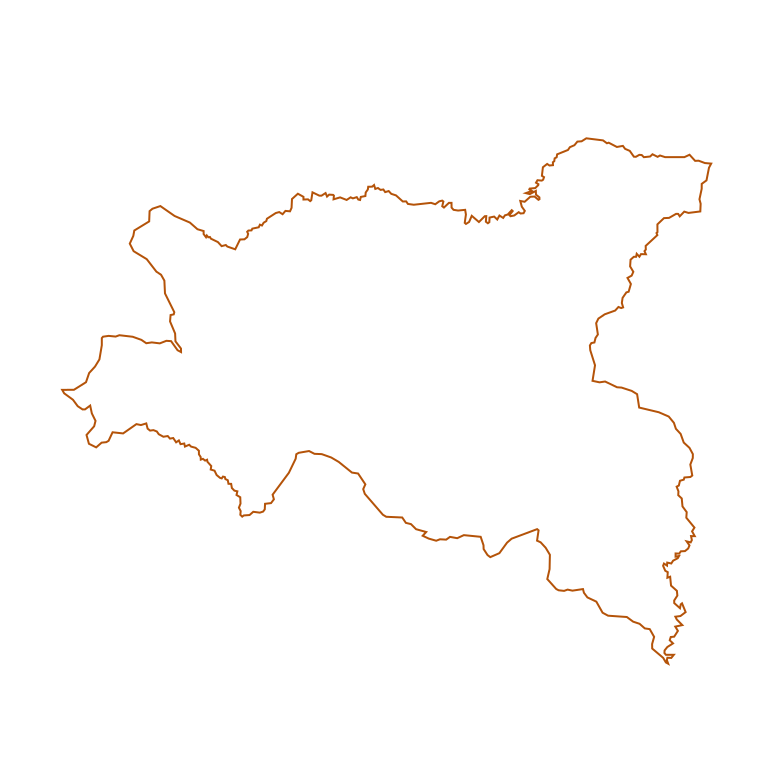 La Palma, Cundinamarca, Colombia, rotated 274°
{"feature_id": "7082276B19897165223150", "entity_name": "La Palma", "entity_type": "district", "adm_level": 2, "iso_a3": "COL", "parent_name": "Colombia", "parent_adm1": "Cundinamarca", "projection": "orthographic", "projection_center": [-74.393, 5.347], "detail": "fine", "context": "isolated", "style": "outline", "palette": "amber", "viewbox_px": 768, "rotation_deg": 274, "n_neighbors": 0, "source": "geoboundaries", "source_scale": "gbopen_adm2", "svg_char_len": 6147}
<svg xmlns="http://www.w3.org/2000/svg" viewBox="0 0 768 768"><g transform="rotate(274 384 384)"><path d="M545.9,148.5L542.7,140.8L540.1,138.1L529.8,138.4L519.7,124.2L514.3,123.6L506.3,120.6L499.0,125.0L492.0,138.6L480.2,149.1L477.4,154.0L471.8,157.7L459.1,159.2L441.0,169.8L438.8,169.4L437.9,166.3L431.5,166.2L419.8,172.1L412.0,173.0L405.2,179.0L401.7,179.3L403.3,175.7L411.9,168.6L411.9,163.9L408.9,157.5L409.3,149.5L408.1,144.0L411.1,138.9L413.6,130.0L414.2,116.6L412.6,113.0L412.8,106.0L411.6,100.4L410.1,99.3L403.0,99.8L388.7,98.4L381.2,94.5L374.4,89.1L365.0,86.6L356.6,75.1L355.7,63.4L352.4,65.6L346.6,74.8L340.5,80.0L337.6,85.1L337.8,87.5L342.0,92.4L334.3,94.6L327.1,98.8L321.6,97.8L312.4,90.8L303.8,93.8L300.7,101.3L305.8,106.4L306.6,111.0L308.1,113.2L316.9,116.6L316.5,127.2L326.7,139.8L326.1,144.4L328.1,149.6L323.0,151.3L321.2,153.9L321.9,157.2L320.8,160.7L318.2,162.8L316.0,167.6L317.0,171.9L314.6,174.3L315.4,177.5L311.3,180.7L313.4,183.3L309.8,185.2L310.7,188.9L307.7,189.8L309.8,193.9L308.1,195.9L307.2,200.5L304.5,204.0L300.9,204.3L298.4,206.2L295.8,206.5L296.7,208.6L295.1,210.9L296.1,212.8L294.1,213.3L290.1,217.4L286.6,217.1L285.7,221.0L281.5,223.4L278.9,227.0L278.5,228.7L280.4,229.8L280.1,231.7L278.1,232.4L277.1,234.9L273.6,235.8L273.7,238.5L269.6,239.5L267.2,242.2L266.7,245.2L263.0,244.6L261.0,248.5L254.7,249.2L250.5,247.9L247.2,249.9L243.5,249.8L241.8,251.8L243.1,253.3L243.9,259.0L247.4,262.5L247.0,269.1L248.3,272.3L250.6,273.8L256.2,273.7L257.3,279.6L261.3,282.2L265.8,280.6L288.8,295.3L303.3,301.1L307.8,301.4L309.4,303.7L311.9,313.9L309.5,319.5L309.7,326.8L307.0,336.5L303.1,344.3L293.4,358.2L292.9,364.4L282.6,372.4L277.7,370.6L273.1,372.5L253.5,392.0L251.7,395.5L252.1,411.5L247.0,415.5L246.1,420.7L241.4,426.1L239.3,436.4L235.3,433.2L232.9,439.4L231.3,447.0L233.0,450.7L233.1,456.9L236.1,460.5L235.3,467.8L238.8,474.2L238.3,491.1L230.1,494.5L226.3,494.9L220.6,499.2L218.7,502.1L223.3,510.9L234.3,517.8L238.6,522.1L249.9,546.9L248.8,548.4L238.4,547.6L237.0,551.3L231.9,556.7L225.2,561.4L210.9,562.1L200.8,560.5L191.5,570.1L190.4,572.6L190.2,578.1L191.7,581.5L191.0,586.4L193.3,596.8L189.7,598.0L185.3,601.8L181.7,611.0L171.1,618.0L168.5,623.7L168.5,642.5L164.3,649.1L162.6,655.7L158.4,661.2L158.0,666.2L150.6,671.1L143.3,669.6L138.8,670.0L130.3,681.6L125.9,684.6L124.8,687.0L128.4,685.4L130.7,685.8L130.8,689.7L134.1,692.0L133.5,684.1L135.2,682.5L137.8,682.5L141.4,685.0L145.4,690.4L148.3,686.9L151.6,687.7L152.2,691.1L158.2,694.4L162.3,691.5L164.3,698.4L169.5,692.5L172.2,690.9L173.2,695.9L177.5,700.8L186.0,696.6L184.9,695.4L181.0,694.9L185.7,688.8L188.3,688.6L193.4,691.4L198.1,690.6L202.9,684.4L211.7,682.9L210.5,680.2L216.1,680.2L217.3,677.6L222.1,675.1L224.4,675.8L222.6,679.0L225.6,679.0L225.0,683.1L227.9,684.7L230.7,689.2L233.0,690.3L232.1,686.9L235.3,686.7L235.4,690.3L237.8,691.8L238.3,695.9L241.1,698.9L244.3,700.0L248.1,696.9L247.4,701.0L249.8,702.0L253.7,700.9L253.9,704.6L258.5,701.6L262.4,703.7L271.7,694.9L277.3,694.9L282.7,690.3L290.6,689.0L293.6,685.3L297.5,685.2L302.0,683.1L303.3,685.2L308.1,686.0L309.5,689.7L311.7,690.2L312.6,696.1L314.2,697.9L325.0,695.2L331.7,697.2L335.6,697.0L341.6,693.2L346.5,687.1L354.9,683.4L359.7,678.3L365.5,675.9L371.4,670.3L375.0,660.1L378.3,640.2L391.5,637.2L394.4,631.6L397.0,621.2L397.0,616.7L401.9,604.4L400.7,598.9L401.7,591.8L417.4,593.2L432.1,587.4L436.8,586.7L439.3,588.0L440.1,591.0L444.7,591.8L448.3,593.9L459.5,591.4L464.2,593.3L468.9,599.3L473.4,609.5L477.2,612.5L476.3,615.3L477.1,617.2L481.4,615.6L486.6,616.0L492.3,619.4L493.1,621.6L501.0,623.3L506.8,619.5L509.4,623.5L513.3,624.9L518.5,621.3L525.2,621.3L528.3,624.3L528.5,626.6L531.5,627.0L528.8,629.9L531.5,631.3L531.7,636.2L534.7,634.6L536.4,635.8L540.0,635.4L551.6,646.3L553.6,645.3L554.6,646.2L562.3,645.6L569.0,651.7L569.6,656.8L574.1,663.5L574.2,665.6L571.9,667.3L576.9,671.5L575.9,675.8L578.2,687.5L585.9,687.3L590.3,685.8L600.9,687.3L605.8,687.0L609.6,691.5L622.4,693.1L626.7,695.0L626.8,688.7L628.7,682.3L628.3,678.8L634.0,672.8L631.3,667.9L629.9,648.7L631.2,643.4L629.7,641.1L631.9,635.8L629.5,633.6L628.4,627.4L630.4,625.1L630.4,622.7L628.2,619.4L628.2,617.4L633.7,612.9L635.4,608.1L638.2,605.7L636.7,599.8L640.4,591.3L639.7,589.6L642.3,585.5L643.2,568.7L639.9,564.2L639.3,560.0L635.5,557.3L633.2,552.9L630.3,551.2L625.2,540.7L622.2,540.4L621.0,538.5L618.1,538.3L617.0,537.0L614.1,537.3L613.5,533.8L614.9,531.4L611.3,527.4L602.7,527.0L601.5,529.2L598.9,528.5L597.9,527.2L598.0,522.9L595.4,521.6L594.1,524.1L593.1,524.0L590.0,521.2L589.1,515.7L588.3,515.4L586.9,518.1L584.3,512.2L583.6,516.2L587.2,522.0L583.5,522.4L581.0,526.0L579.2,526.2L578.5,525.2L581.5,521.1L581.0,516.9L575.6,511.6L576.1,507.2L570.5,509.1L566.5,512.4L564.1,511.3L563.6,508.3L564.8,506.4L561.2,502.2L560.2,498.5L561.2,497.3L565.5,500.3L566.3,499.3L561.7,495.6L560.7,492.9L558.0,491.3L560.1,487.4L556.0,485.5L558.7,482.2L557.4,477.7L552.8,477.8L551.6,476.4L553.0,474.3L558.6,474.3L558.4,472.8L552.2,467.4L557.9,459.8L551.6,457.6L549.4,454.6L550.4,453.3L558.8,453.9L563.4,452.8L562.2,445.8L562.6,441.2L564.7,439.1L569.4,438.7L569.2,436.1L564.2,431.5L565.4,429.7L570.2,430.5L571.0,429.3L570.1,426.4L566.9,422.6L568.0,418.3L564.9,401.2L565.3,395.3L567.7,393.4L567.4,390.0L573.0,382.8L574.2,378.0L576.8,375.2L575.5,371.8L578.0,369.8L577.4,367.0L579.1,364.3L578.0,361.7L581.8,360.2L580.0,358.4L579.7,354.5L576.9,354.3L573.8,352.4L570.2,352.3L569.0,347.8L565.9,347.3L566.2,345.5L568.5,343.8L567.0,340.0L567.9,337.7L565.0,333.9L567.1,327.2L564.7,320.8L568.4,320.9L569.1,320.1L569.1,316.1L567.0,314.1L570.4,312.4L567.5,308.5L567.4,306.3L570.2,299.3L562.2,298.6L561.3,297.6L562.9,295.3L562.4,290.8L565.1,290.6L567.8,284.8L562.1,279.3L553.3,279.5L549.7,278.2L549.8,273.6L546.3,271.0L548.2,267.5L547.0,264.1L540.7,255.7L538.3,255.2L536.5,252.7L533.6,251.2L534.3,249.1L531.6,248.1L529.8,241.8L528.0,241.1L527.6,238.0L526.3,236.9L524.3,238.0L521.0,237.3L518.6,234.7L518.1,230.3L508.0,226.2L510.2,218.1L511.6,216.5L510.2,212.4L514.0,208.4L516.9,201.2L518.5,200.1L518.1,198.5L519.8,196.9L518.0,196.2L521.0,193.6L524.0,193.4L525.4,187.1L531.5,179.1L537.0,163.4L545.9,148.5Z" fill="none" stroke="#b45309" stroke-width="2"/></g></svg>